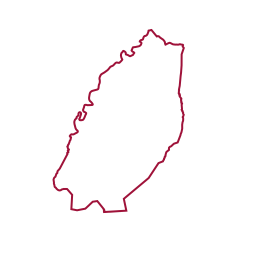 the district of La Union, Copán, Honduras, rotated 229°
{"feature_id": "27666195B95326987561994", "entity_name": "La Union", "entity_type": "district", "adm_level": 2, "iso_a3": "HND", "parent_name": "Honduras", "parent_adm1": "Copán", "projection": "robinson", "projection_center": [-88.924, 14.696], "detail": "fine", "context": "isolated", "style": "outline", "palette": "rose", "viewbox_px": 256, "rotation_deg": 229, "n_neighbors": 0, "source": "geoboundaries", "source_scale": "gbopen_adm2", "svg_char_len": 5796}
<svg xmlns="http://www.w3.org/2000/svg" viewBox="0 0 256 256"><g transform="rotate(229 128 128)"><path d="M76.7,110.8L81.5,128.0L79.9,132.5L80.2,133.0L80.4,133.4L80.6,134.5L80.8,134.7L81.1,134.9L81.3,135.2L81.4,135.5L81.4,135.9L81.5,136.2L81.6,136.4L82.0,136.6L82.2,136.9L82.3,137.2L82.2,137.7L82.3,138.0L82.5,138.2L83.0,138.6L84.3,140.5L84.6,141.1L84.7,141.5L84.6,144.3L84.6,144.6L85.3,145.1L86.0,145.8L86.2,146.0L86.3,146.5L86.3,146.9L86.3,147.3L86.0,148.2L85.9,148.9L86.0,150.7L86.0,152.4L84.5,156.0L88.1,162.8L88.8,163.7L89.7,165.5L91.8,168.3L92.2,168.7L94.9,171.0L95.5,171.7L96.6,173.0L97.3,174.3L98.1,175.1L98.9,175.8L99.4,176.2L99.7,176.3L100.1,176.3L100.3,176.4L100.5,176.7L100.6,177.3L101.4,178.7L101.5,178.8L102.0,178.8L102.8,179.1L103.0,179.2L103.3,179.6L103.5,179.7L105.0,179.9L105.1,180.0L105.1,180.3L106.5,180.4L106.5,180.5L106.6,180.9L107.0,181.3L110.3,183.7L110.7,184.2L110.8,184.7L111.0,184.9L111.2,185.0L111.4,185.0L111.5,185.0L111.6,184.8L111.7,184.7L111.9,184.7L112.1,184.8L112.4,185.0L112.7,185.5L113.1,185.8L113.3,185.9L113.6,185.8L114.6,186.7L114.9,186.9L115.0,187.0L115.0,187.4L115.3,187.6L115.5,187.6L116.6,187.6L118.1,187.8L118.3,187.9L118.4,188.4L118.7,188.8L118.8,188.8L119.0,188.6L119.3,188.8L119.7,188.6L119.8,188.7L120.0,188.9L120.1,189.0L120.2,189.3L120.6,189.3L120.9,189.1L121.0,189.1L121.9,190.2L122.6,190.7L123.0,191.4L123.3,191.6L123.6,191.7L125.9,194.7L132.7,201.8L135.0,204.4L140.2,209.6L148.4,216.8L151.8,222.6L152.5,222.7L153.6,222.7L153.8,222.9L154.3,223.8L154.5,224.0L154.8,224.0L155.0,223.9L156.2,222.8L156.7,222.5L157.1,222.2L157.4,221.8L157.6,221.1L158.2,220.3L159.2,219.3L159.8,218.5L161.1,217.3L161.9,216.7L164.0,215.9L164.6,215.6L165.0,215.3L165.2,214.9L165.5,214.1L166.2,211.6L166.2,211.2L166.3,211.0L166.7,211.1L167.4,211.4L168.4,212.0L169.0,212.3L169.5,212.4L171.5,212.5L175.0,211.6L175.8,211.5L176.4,211.5L176.9,211.4L177.3,211.1L177.7,210.9L178.2,209.8L178.3,209.8L178.5,209.8L178.9,209.9L179.2,209.8L186.6,210.0L186.8,209.7L187.4,208.4L187.9,207.7L188.0,207.4L187.9,207.2L187.5,206.8L186.8,205.7L186.0,204.1L185.8,203.4L185.8,202.7L185.9,202.0L186.0,201.6L186.4,201.1L186.5,200.8L186.5,200.5L186.5,199.9L186.2,199.3L186.0,198.8L185.3,197.8L185.1,197.3L185.2,196.7L185.7,195.8L185.9,195.1L185.9,194.8L185.8,194.1L185.7,193.8L185.5,193.6L185.3,193.7L185.1,193.8L184.1,194.0L183.6,194.0L183.3,193.9L183.0,193.5L182.7,193.0L182.4,192.3L182.3,192.1L182.3,191.5L182.3,190.7L182.5,189.9L184.2,186.8L185.5,184.9L185.6,184.7L185.3,183.8L185.0,183.3L184.4,182.0L184.2,181.6L183.9,181.5L182.9,181.5L182.0,181.8L181.0,182.1L180.7,182.1L180.5,181.9L180.5,181.4L180.1,180.4L179.9,179.7L180.6,177.2L180.8,176.7L181.2,176.4L181.8,176.2L182.6,176.0L184.0,175.3L184.7,174.8L184.9,174.7L185.2,174.8L186.2,175.6L186.9,175.8L187.8,175.7L188.7,175.4L189.1,175.2L189.3,174.9L189.2,174.6L189.0,173.9L188.9,172.4L188.6,171.8L188.1,171.0L187.3,170.2L185.7,169.3L184.9,169.0L183.7,168.7L183.4,168.6L183.3,168.4L183.2,168.1L183.0,166.7L182.9,164.8L182.9,164.3L183.0,164.1L183.3,163.7L184.8,162.5L185.0,162.1L185.2,161.5L185.2,160.6L184.9,158.0L185.1,157.0L185.6,155.5L185.7,154.6L185.6,154.0L185.3,152.5L185.1,150.9L185.1,150.3L185.2,149.1L185.4,146.7L186.0,143.5L186.0,142.8L185.9,142.3L185.6,141.4L185.2,140.6L184.8,139.8L184.4,139.3L184.0,138.9L183.7,138.6L182.8,138.2L182.4,137.9L181.8,137.4L181.2,136.9L180.7,136.3L180.3,135.7L180.1,135.3L179.8,134.6L179.6,134.3L178.7,133.2L177.6,132.1L177.3,131.6L177.1,131.3L177.0,130.8L177.2,130.0L179.1,126.1L179.6,124.9L179.7,123.9L179.6,123.0L179.4,122.4L179.0,121.7L178.0,120.4L176.6,118.7L175.7,117.9L175.1,117.5L174.3,117.2L173.5,117.0L171.9,117.2L170.6,117.2L169.9,117.1L169.1,117.0L168.9,116.8L168.8,116.7L168.8,116.3L169.0,115.9L171.7,112.5L172.0,112.3L172.8,111.7L173.4,111.1L173.7,110.5L173.7,110.3L173.6,109.9L173.3,109.4L172.6,108.5L171.2,106.0L171.0,105.8L170.2,105.5L169.3,105.4L169.0,105.5L167.9,106.0L167.2,106.2L166.7,106.2L166.2,105.7L165.7,104.4L164.5,102.1L163.9,100.6L163.7,99.6L163.8,99.2L164.0,98.7L164.5,97.9L165.0,97.3L165.3,97.0L165.6,96.8L165.9,96.8L166.3,96.8L166.5,96.9L166.8,97.2L167.3,98.4L168.4,100.2L168.9,101.1L169.5,101.9L170.2,102.3L170.5,102.4L171.1,102.3L171.5,102.0L171.7,101.7L171.7,101.4L171.8,101.0L171.7,100.7L171.3,100.0L170.5,99.2L170.1,98.7L170.0,97.9L170.0,96.6L169.7,96.0L169.5,95.9L169.2,95.7L169.1,95.0L169.1,93.8L169.0,93.4L168.8,93.0L168.2,91.9L167.7,91.4L167.4,91.1L166.1,90.2L164.1,89.2L162.5,88.4L161.6,88.1L161.1,88.0L160.5,88.0L159.3,88.1L159.0,88.1L158.5,88.0L158.3,87.8L158.1,87.6L158.0,87.2L158.0,86.6L158.9,82.8L159.1,82.5L159.5,82.0L160.4,81.1L160.4,80.1L160.3,79.3L160.2,78.9L160.0,78.7L159.5,78.6L159.4,78.6L158.7,78.9L158.4,78.9L158.1,78.7L157.7,78.0L156.9,77.0L156.6,76.3L156.6,75.9L156.5,75.7L156.2,75.2L155.7,74.5L154.9,72.8L154.6,72.5L154.5,71.5L154.0,70.9L153.9,70.4L153.7,70.0L153.2,70.1L152.7,69.6L151.8,69.2L151.5,69.2L150.9,69.3L150.6,69.3L150.4,69.2L150.3,68.9L150.6,68.2L150.5,67.8L150.2,67.6L149.8,67.4L149.0,67.3L148.9,67.2L148.9,66.8L149.1,66.3L149.1,65.8L149.0,65.6L148.8,65.5L148.1,65.3L142.2,50.1L142.0,49.3L141.7,46.9L141.6,46.5L141.4,46.2L140.7,45.4L140.4,45.1L140.4,44.9L140.5,44.5L140.4,43.9L140.3,43.7L140.1,43.5L139.9,43.0L139.3,42.0L138.9,41.4L138.9,40.4L138.8,39.6L138.7,39.3L138.1,38.2L137.7,37.8L136.9,37.3L135.5,36.4L134.5,35.5L134.2,35.4L133.3,35.1L132.5,34.5L132.0,34.3L131.6,34.1L131.2,34.1L130.9,34.2L130.3,34.4L129.3,34.2L127.9,34.4L127.3,34.5L126.6,34.8L126.0,35.2L125.6,35.6L125.4,36.0L125.2,36.4L125.1,36.8L125.1,37.4L125.0,37.8L124.4,39.0L124.1,39.6L123.5,40.2L122.7,41.2L121.9,42.0L114.2,42.0L103.9,32.0L99.3,35.6L95.1,42.9L95.5,53.0L93.0,56.9L82.6,56.5L82.5,56.2L82.3,56.1L82.0,56.1L81.6,56.2L81.4,56.2L81.2,55.9L81.1,55.3L80.3,54.8L66.7,72.5L77.3,78.4L76.7,110.8Z" fill="none" stroke="#9f1239" stroke-width="2"/></g></svg>